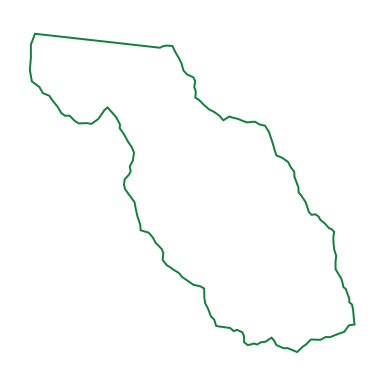 outline of Damianópolis, Goiás, Brazil, rotated 178°
{"feature_id": "56859067B27804700645392", "entity_name": "Damianópolis", "entity_type": "district", "adm_level": 2, "iso_a3": "BRA", "parent_name": "Brazil", "parent_adm1": "Goiás", "projection": "equal_earth", "projection_center": [-46.199, -14.556], "detail": "fine", "context": "isolated", "style": "outline", "palette": "green", "viewbox_px": 384, "rotation_deg": 178, "n_neighbors": 0, "source": "geoboundaries", "source_scale": "gbopen_adm2", "svg_char_len": 2040}
<svg xmlns="http://www.w3.org/2000/svg" viewBox="0 0 384 384"><g transform="rotate(178 192 192)"><path d="M347.9,344.9L348.3,332.3L349.8,319.5L348.2,308.1L340.9,302.3L337.6,296.0L331.2,293.2L329.0,289.4L323.3,281.8L319.8,275.3L316.1,272.6L311.7,272.6L306.8,267.2L302.8,264.5L294.7,264.5L290.2,263.6L283.1,268.2L276.4,277.2L273.4,279.4L265.3,269.6L261.7,262.3L262.0,258.2L258.3,252.7L254.1,244.4L250.6,238.8L248.6,233.4L250.0,225.5L253.3,219.7L252.6,214.6L254.5,211.4L258.8,207.1L259.7,201.8L258.8,197.2L253.5,189.2L249.8,184.0L249.0,178.3L247.5,170.1L244.8,160.8L244.7,155.6L241.4,154.4L236.7,152.9L232.8,148.0L229.9,142.2L226.5,138.6L224.2,135.9L222.8,132.1L223.7,125.1L219.7,119.7L216.5,117.6L213.5,115.2L207.7,111.3L205.0,107.5L193.6,99.1L187.2,97.6L183.2,95.1L183.4,86.0L182.7,80.4L180.0,74.7L177.5,67.1L174.2,63.6L172.6,57.4L169.4,56.6L165.5,56.0L158.6,54.7L155.1,51.5L152.0,52.7L146.6,50.1L145.0,46.0L145.2,40.1L141.6,37.0L135.2,38.4L132.2,37.3L128.5,39.4L123.6,39.8L120.2,42.1L117.5,43.6L115.1,40.6L113.1,36.2L106.0,32.7L101.8,32.6L92.5,28.4L86.4,33.8L83.3,35.7L78.2,40.5L73.7,40.1L68.8,39.8L63.5,42.4L59.1,42.1L51.9,44.7L44.7,47.0L39.8,53.3L34.2,53.9L34.7,60.4L35.1,68.6L36.0,73.9L38.6,76.3L38.6,80.6L40.4,85.2L41.6,89.6L44.0,91.7L44.9,96.8L46.0,100.6L51.2,109.8L51.0,117.2L50.1,123.3L51.8,129.1L52.3,134.4L52.4,141.5L51.3,147.2L53.4,149.7L56.5,151.3L60.2,155.8L64.6,159.6L66.4,163.1L69.2,165.3L73.5,165.1L76.0,168.2L78.8,177.9L83.2,185.1L85.5,187.8L85.5,192.8L89.1,203.7L89.1,208.6L92.3,213.1L94.9,218.6L100.3,222.8L106.4,225.7L107.9,230.8L109.1,235.9L110.6,241.3L113.1,249.5L116.8,255.8L122.1,257.1L126.6,260.0L129.6,260.0L134.2,259.6L138.0,260.9L143.3,263.4L148.4,264.8L152.1,266.1L158.2,262.6L161.9,267.2L165.0,269.6L167.5,271.5L172.0,273.9L177.1,278.7L181.7,283.7L185.4,286.2L184.7,292.1L186.1,297.0L184.9,302.6L186.7,306.6L192.8,309.6L196.3,313.7L198.1,321.1L200.0,325.3L203.9,332.7L206.5,338.6L212.0,339.2L215.4,338.9L219.0,337.3L343.4,355.6L346.0,349.3L347.9,344.9Z" fill="none" stroke="#15803d" stroke-width="2"/></g></svg>